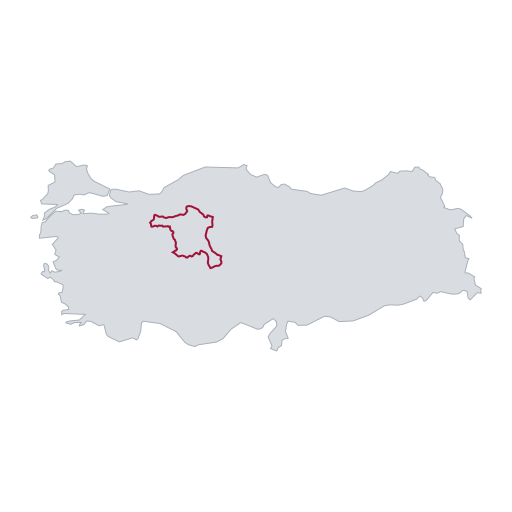 Ankara on a map of Turkey (Albers equal-area conic projection)
{"feature_id": "TUR-3008", "entity_name": "Ankara", "entity_type": "Province", "adm_level": 1, "iso_a3": "TUR", "parent_name": "Turkey", "parent_adm1": "", "projection": "albers", "projection_center": [32.475, 39.676], "detail": "fine", "context": "in_parent", "style": "outline", "palette": "rose", "viewbox_px": 512, "rotation_deg": 0, "n_neighbors": 0, "source": "natural_earth", "source_scale": "10m", "svg_char_len": 5873}
<svg xmlns="http://www.w3.org/2000/svg" viewBox="0 0 512 512"><path d="M390.4,171.5L397.7,173.4L399.8,171.2L406.2,170.8L412.1,171.6L414.8,167.1L418.9,167.1L419.9,169.1L421.9,169.6L428.4,174.3L427.8,175.0L429.5,176.8L434.8,177.5L435.6,180.2L440.1,183.7L442.9,189.7L442.2,194.2L440.4,197.2L444.7,206.3L443.9,207.6L450.6,209.9L458.4,208.3L461.1,209.3L469.8,215.7L472.1,218.3L466.3,215.5L463.7,219.0L463.2,226.5L454.9,228.9L456.8,233.5L459.4,235.4L459.2,240.0L460.1,241.7L462.8,244.3L463.0,248.4L464.5,252.5L465.2,257.6L468.9,258.7L467.6,261.3L465.0,272.2L465.4,273.0L468.1,272.9L474.7,276.9L473.9,278.6L475.5,285.1L481.3,288.7L480.7,291.0L481.2,293.2L477.3,292.7L470.4,299.7L469.5,299.6L468.1,297.7L467.1,291.8L465.1,290.5L462.6,290.5L458.8,293.7L455.0,294.1L451.1,294.0L440.6,291.6L437.0,293.3L433.0,292.4L426.2,300.5L424.0,301.3L422.5,297.8L419.7,296.1L416.5,299.2L403.9,304.0L398.0,305.2L390.5,304.8L384.5,305.7L368.7,315.2L353.2,320.9L339.0,321.6L330.8,317.0L324.7,316.2L307.0,325.1L298.0,325.3L294.9,322.2L288.0,321.2L286.6,324.3L285.5,331.7L288.2,338.3L284.4,338.9L282.0,340.5L281.5,345.6L278.0,347.7L277.0,350.8L276.4,350.9L270.5,348.6L272.0,346.1L268.1,336.9L269.7,333.9L276.8,326.0L276.4,321.6L273.2,318.6L264.0,324.6L263.2,326.8L261.2,328.5L257.7,329.3L240.8,322.5L231.2,329.1L223.1,338.5L216.8,342.0L198.2,344.8L194.9,346.6L188.5,344.7L184.7,342.2L176.1,331.6L160.0,323.5L143.0,321.2L141.5,323.3L140.7,331.4L137.8,339.0L136.4,339.8L132.6,337.8L119.3,341.9L108.2,336.5L106.3,334.3L104.1,325.3L102.5,324.6L100.7,325.7L98.8,325.6L90.9,321.4L86.6,321.0L83.8,324.6L79.4,326.0L79.4,324.9L81.2,322.5L74.4,322.6L70.7,324.3L65.9,322.9L66.3,321.9L70.3,320.9L79.4,320.0L85.4,314.4L63.9,313.5L61.8,314.7L61.6,311.6L62.9,310.3L68.6,309.5L68.4,306.9L65.1,303.9L61.5,302.3L60.1,295.7L58.3,294.0L58.6,293.1L62.2,292.2L63.2,287.5L62.8,284.6L56.1,281.7L54.6,281.8L53.0,279.2L50.2,277.2L47.8,278.5L41.1,274.2L42.6,271.5L44.3,271.7L44.7,269.5L43.6,265.8L43.9,263.9L45.4,263.5L47.1,264.0L48.7,266.3L48.6,270.5L50.3,273.1L51.7,270.7L54.8,272.2L60.4,271.3L61.6,270.3L57.5,270.1L56.0,269.0L53.1,262.0L56.6,260.2L59.3,257.0L54.8,254.5L56.0,249.9L52.3,244.4L58.1,237.9L57.9,237.0L56.2,236.5L39.5,238.2L39.4,235.1L40.8,232.6L41.2,226.1L42.2,222.6L45.3,221.8L49.3,216.9L55.8,211.2L62.0,211.7L64.6,210.2L68.4,210.3L69.3,212.7L72.5,214.6L78.3,214.6L81.1,213.2L78.6,210.1L81.9,209.3L84.5,210.1L83.0,213.3L83.7,213.7L91.2,213.1L99.0,214.2L107.7,214.2L108.8,213.2L102.8,209.6L106.8,206.9L109.0,206.4L127.2,204.3L127.3,203.7L116.3,201.8L110.7,197.8L109.3,195.6L110.6,190.6L111.8,189.3L115.8,189.2L129.2,192.0L138.9,190.8L149.3,194.4L159.4,193.9L161.5,192.4L164.1,187.6L178.4,179.6L183.3,175.4L205.2,167.0L238.1,167.9L243.7,164.6L247.0,165.5L246.2,167.7L246.4,169.7L250.5,174.4L256.5,177.1L264.5,174.4L267.5,175.2L270.7,182.8L276.0,187.1L278.4,187.4L281.3,184.5L284.3,184.1L289.2,186.5L291.1,189.1L307.1,191.4L310.5,193.5L321.3,195.2L344.6,188.0L353.5,191.1L360.9,191.6L363.9,190.8L373.1,185.6L375.8,182.8L381.6,180.1L388.5,174.6L390.4,171.5ZM87.3,165.7L86.5,169.1L87.7,173.0L90.8,178.4L94.0,181.2L109.8,189.0L107.2,195.5L103.2,196.4L89.5,192.6L83.8,195.0L79.8,194.1L74.1,195.0L72.3,198.9L68.2,203.3L56.7,208.3L45.9,218.9L42.8,220.1L44.4,216.4L44.5,213.0L49.2,209.4L55.6,206.8L57.4,204.5L41.7,203.9L40.5,200.3L42.1,199.7L47.6,193.9L48.3,191.5L48.2,185.4L54.5,182.3L55.1,180.9L54.5,174.9L48.9,171.0L49.2,169.4L53.4,168.0L56.0,164.0L62.1,163.6L65.0,161.8L70.3,161.1L76.5,166.6L84.3,165.0L87.3,165.7ZM37.6,217.9L32.3,218.4L30.7,217.4L32.5,215.7L36.7,214.8L37.9,216.7L37.6,217.9Z" fill="#d9dde1" stroke="#a8b0b8" stroke-width="1"/><path d="M183.5,214.9L185.3,213.9L185.9,212.8L186.8,211.9L187.2,211.2L186.3,208.8L186.4,207.2L187.0,206.5L187.8,206.2L189.6,206.1L191.4,206.4L198.2,209.5L198.8,210.4L199.4,211.4L200.1,212.3L201.0,212.9L201.4,213.1L202.4,214.0L203.1,214.4L203.6,215.2L203.9,216.2L205.4,217.4L207.1,217.2L207.2,216.4L207.4,215.5L207.8,215.4L208.3,215.4L209.0,215.7L209.7,216.1L212.8,217.0L212.5,219.5L212.2,221.2L212.3,223.3L212.5,225.1L212.2,226.8L209.5,227.1L207.8,227.9L206.8,230.4L206.2,233.0L205.6,235.5L206.2,238.1L208.0,240.3L208.7,241.5L209.7,245.7L211.6,249.3L212.1,251.0L214.7,252.6L215.9,253.6L216.3,253.8L216.6,254.0L217.0,254.6L217.5,254.9L218.7,255.0L219.5,255.4L219.8,255.7L221.3,256.2L221.1,257.2L220.4,259.2L221.4,261.7L221.3,263.5L219.4,265.4L218.5,265.8L216.4,265.8L214.4,266.4L212.5,267.5L210.4,268.1L209.9,266.9L209.1,265.8L208.5,264.7L208.0,263.5L207.9,261.7L208.2,260.0L208.3,258.3L208.1,256.7L206.8,253.8L204.6,252.2L203.2,251.8L202.8,251.5L201.8,250.8L200.8,250.8L200.4,251.4L200.1,252.2L199.9,253.7L199.6,254.3L198.6,254.2L197.2,253.1L196.1,252.8L193.7,254.7L192.9,255.9L191.8,256.5L190.1,255.7L188.6,256.4L187.2,257.6L186.2,257.5L185.4,256.7L184.6,256.3L182.6,255.6L181.4,255.7L179.0,256.5L178.1,256.2L174.8,253.4L173.8,252.8L172.8,252.3L173.4,251.9L174.6,251.3L174.8,251.0L175.0,250.7L175.5,250.5L176.0,250.5L176.6,249.9L177.0,249.2L176.9,248.3L176.2,247.8L175.7,247.0L175.7,245.8L175.6,245.7L175.5,245.3L175.7,244.4L175.9,243.5L175.9,242.6L175.6,241.9L175.3,241.4L175.2,240.4L174.9,239.8L173.7,238.8L172.6,235.6L172.4,234.1L173.4,233.0L173.4,232.2L173.1,232.0L172.7,231.5L172.6,231.1L171.8,231.0L171.1,230.7L170.5,229.8L170.2,228.8L170.1,228.1L169.9,227.5L169.9,226.6L168.8,226.8L167.9,226.1L167.1,226.4L165.4,226.4L164.5,226.6L163.7,226.4L163.1,226.6L162.1,225.6L161.5,225.6L160.9,225.8L158.8,225.5L158.2,226.0L157.5,226.5L156.9,226.3L156.4,225.9L155.0,225.7L152.8,226.6L151.9,226.7L151.3,226.5L151.2,225.9L151.0,224.1L150.1,222.8L151.5,220.9L153.4,219.9L154.1,218.4L154.1,216.6L154.3,215.4L154.9,214.8L157.0,215.6L159.0,216.8L162.9,216.5L163.7,217.3L164.2,217.5L164.8,217.6L165.6,217.9L166.3,218.0L168.4,217.2L169.3,217.1L172.1,217.2L174.1,216.7L175.7,216.0L178.4,215.4L179.3,214.7L180.3,214.4L183.5,214.9Z" fill="none" stroke="#9f1239" stroke-width="2"/></svg>